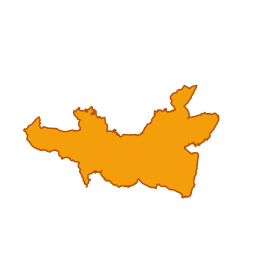 the district of Tonkolili, Northern, Sierra Leone, rotated 31°
{"feature_id": "65957751B39959109464342", "entity_name": "Tonkolili", "entity_type": "district", "adm_level": 2, "iso_a3": "SLE", "parent_name": "Sierra Leone", "parent_adm1": "Northern", "projection": "mercator", "projection_center": [-11.945, 8.764], "detail": "fine", "context": "isolated", "style": "filled", "palette": "amber", "viewbox_px": 256, "rotation_deg": 31, "n_neighbors": 0, "source": "geoboundaries", "source_scale": "gbopen_adm2", "svg_char_len": 5933}
<svg xmlns="http://www.w3.org/2000/svg" viewBox="0 0 256 256"><g transform="rotate(31 128 128)"><path d="M39.9,182.0L39.7,183.0L40.1,183.8L41.0,184.1L41.8,183.7L43.0,184.1L44.2,185.5L45.6,185.6L47.2,189.9L50.3,190.5L54.7,192.6L57.5,192.9L60.9,192.7L62.7,192.0L64.5,192.3L65.9,190.9L67.6,190.1L68.3,189.3L69.6,189.2L70.7,189.7L72.5,188.9L73.4,188.9L74.3,186.8L76.8,184.7L77.1,184.0L78.4,184.4L79.5,183.8L80.6,184.1L83.0,186.9L86.4,187.4L86.6,188.2L87.2,188.2L87.4,188.5L87.6,188.4L87.6,187.5L88.2,187.3L88.5,186.6L90.6,184.6L93.7,183.8L94.0,184.5L96.0,185.2L97.4,184.0L97.5,184.3L97.9,184.0L99.3,184.3L101.9,183.2L103.8,182.8L104.5,183.4L104.1,184.6L104.7,185.9L105.7,187.1L107.9,187.7L108.9,188.5L108.6,189.5L109.2,190.5L111.6,191.6L113.6,193.2L113.6,193.5L115.9,194.4L116.8,196.3L118.4,196.5L119.5,197.4L119.1,197.9L119.3,198.2L121.7,198.0L122.7,199.8L123.0,199.3L122.1,197.6L122.5,195.5L121.6,193.3L121.6,193.0L122.3,192.7L122.2,191.6L121.4,191.8L120.9,192.3L119.7,192.0L117.9,188.6L120.8,184.7L121.2,182.4L122.3,181.7L122.1,182.9L122.4,183.3L123.2,183.3L123.7,181.6L125.9,181.2L127.4,178.7L127.5,180.8L127.8,181.1L130.1,182.5L131.8,182.7L132.4,183.2L132.8,183.0L133.6,183.5L133.8,183.3L133.9,183.8L134.4,183.5L134.8,184.2L135.5,184.1L136.2,184.6L137.1,184.2L137.4,183.6L137.6,183.8L138.4,183.0L139.1,183.2L140.6,183.0L141.7,183.7L143.1,183.6L145.0,184.3L147.4,183.0L150.2,183.5L151.1,183.1L151.7,181.4L153.5,180.1L154.5,179.8L155.0,180.1L156.4,178.6L156.6,178.9L157.5,178.4L158.4,178.6L158.5,177.7L159.0,178.0L159.1,177.7L159.0,176.9L159.4,176.8L159.4,177.2L159.7,177.1L160.8,174.9L161.8,174.6L162.4,172.9L162.1,172.3L162.9,172.2L163.3,171.3L163.1,171.0L163.7,170.5L163.5,168.5L162.9,167.6L163.4,166.2L166.0,167.2L169.2,167.9L177.5,167.3L181.8,165.5L183.1,165.4L183.2,165.1L182.4,164.9L182.7,163.4L182.2,161.4L183.5,160.3L184.3,160.8L186.3,160.8L188.5,159.9L189.9,158.7L195.3,159.3L199.8,157.3L203.0,157.3L205.0,156.8L206.3,157.0L206.7,156.8L207.4,157.2L207.8,157.0L209.3,157.5L209.7,158.3L209.4,158.8L210.0,159.5L210.4,159.7L211.4,159.1L211.6,158.2L212.3,157.9L212.3,157.1L213.1,157.4L213.6,156.5L214.2,156.7L215.3,155.9L215.9,155.2L215.9,154.1L216.3,153.8L215.7,151.1L215.4,150.4L215.1,150.5L214.6,147.7L214.2,147.0L214.4,144.6L214.7,144.7L214.8,144.2L214.4,142.2L212.9,141.7L210.9,138.1L211.2,137.4L210.0,135.2L210.3,134.4L209.8,131.7L209.5,131.0L208.8,130.8L208.3,129.7L208.5,128.7L207.9,126.9L206.9,125.6L206.6,124.2L205.9,123.6L205.7,122.6L203.9,119.0L203.3,116.9L202.0,114.7L200.2,113.7L197.0,115.5L196.6,116.0L196.4,117.3L191.9,117.1L188.7,116.3L187.1,116.4L186.3,114.9L187.3,114.9L187.3,113.7L188.5,112.4L188.7,110.9L189.1,110.8L188.8,110.2L189.5,110.3L190.2,109.1L190.3,108.2L191.1,107.9L191.5,107.0L191.8,107.8L193.0,106.9L193.1,106.5L193.2,107.0L192.7,107.5L193.2,108.2L194.2,107.8L194.3,108.3L194.9,108.5L195.1,109.0L195.4,108.8L196.1,105.5L196.4,105.2L196.8,105.4L196.9,106.0L197.5,106.5L198.1,105.7L197.7,105.3L198.6,103.6L198.9,101.6L199.6,101.4L200.1,100.5L199.9,100.1L200.3,98.0L199.9,98.0L200.6,97.3L200.9,97.7L201.9,97.7L201.8,96.4L202.3,96.0L202.2,95.0L202.9,93.9L202.3,93.4L202.4,92.4L201.0,91.0L201.2,89.8L201.7,89.2L201.8,87.2L201.5,86.7L202.1,85.8L202.1,84.4L201.8,84.1L202.1,82.3L201.8,80.6L202.2,78.8L201.8,78.2L201.8,75.2L201.2,73.5L200.7,73.3L199.9,71.8L199.5,72.2L199.1,71.0L198.2,70.7L197.1,71.2L195.9,70.4L195.4,70.7L195.0,70.5L193.9,71.5L192.8,73.3L191.6,73.5L191.0,74.0L190.6,73.5L189.3,74.7L188.6,74.8L188.6,75.2L186.8,75.7L185.9,75.2L184.9,77.2L183.5,78.1L183.9,79.5L182.3,80.3L179.1,84.1L175.4,87.1L174.6,88.5L174.4,86.7L173.7,85.1L171.5,83.0L169.0,81.6L165.0,80.4L165.6,78.2L165.5,77.5L166.3,75.7L166.0,75.3L166.1,72.9L166.6,69.5L166.0,69.1L166.1,64.6L165.6,60.9L165.6,58.2L165.0,56.2L161.6,59.4L160.5,62.4L154.4,62.6L154.3,67.2L153.1,68.2L152.2,68.6L151.0,70.5L151.4,72.7L149.3,74.5L148.7,75.6L148.2,79.3L149.3,81.1L151.2,81.4L151.7,82.2L151.6,83.4L152.1,84.6L154.2,85.7L155.7,85.9L158.7,87.5L159.0,88.2L158.2,88.4L158.1,90.2L157.3,90.0L156.6,90.4L156.5,91.5L156.0,91.7L155.4,92.8L154.1,93.1L153.9,94.1L152.1,93.7L151.0,91.9L150.6,92.1L151.2,93.2L151.0,93.6L150.5,93.0L149.5,93.0L149.4,93.3L150.0,94.3L148.7,96.0L148.3,96.3L147.0,95.7L145.2,96.6L144.3,97.5L145.1,98.2L144.4,99.5L143.3,99.3L142.1,99.7L143.1,101.1L143.2,101.9L144.3,102.3L143.8,103.1L144.5,103.4L144.0,106.9L144.1,108.8L144.7,109.9L144.9,112.3L144.3,112.5L143.8,113.9L142.5,114.9L143.0,115.5L142.6,117.3L142.7,118.6L142.3,119.4L142.8,122.4L142.5,123.6L143.2,124.8L142.7,125.9L142.0,125.6L142.1,127.2L140.9,128.0L140.1,129.5L139.1,129.3L138.6,130.2L137.9,129.9L134.3,132.1L133.3,133.0L127.5,135.9L127.0,138.2L126.3,139.3L125.5,139.5L124.4,139.0L123.5,139.1L123.5,138.3L123.2,138.2L122.3,139.5L121.8,139.6L121.4,139.3L121.5,138.0L121.0,137.8L119.8,137.9L118.9,138.6L118.5,137.4L118.9,136.4L118.4,136.1L117.1,136.2L116.7,137.8L117.3,138.9L117.1,139.3L116.0,139.0L114.3,140.1L113.1,140.3L112.4,141.6L112.0,141.7L111.5,141.6L110.0,137.9L108.7,136.1L106.3,135.5L103.0,131.2L102.6,131.0L101.9,131.4L100.2,133.6L99.3,133.6L98.7,132.8L98.2,132.8L97.3,133.5L97.3,134.7L96.5,134.7L93.8,133.1L92.1,130.4L91.5,131.4L91.7,133.1L91.3,134.3L90.6,135.0L89.5,135.3L89.1,134.3L90.3,133.6L90.4,131.2L91.1,130.3L90.1,129.6L89.5,129.7L88.2,130.7L87.5,130.1L87.0,128.7L86.0,128.4L85.5,129.3L85.1,131.5L83.3,133.5L84.7,134.5L84.4,135.4L83.6,135.7L82.0,134.1L81.9,135.3L81.6,135.6L79.6,137.1L78.0,137.7L76.5,137.0L76.0,135.7L75.1,136.7L75.3,137.7L74.3,139.4L74.7,140.8L74.5,141.1L72.9,141.1L73.8,143.3L74.4,143.9L77.0,145.0L78.5,145.1L80.2,146.3L82.8,145.9L83.2,149.5L84.2,150.8L86.4,152.0L87.9,153.9L87.3,154.3L86.6,156.2L83.9,157.6L83.5,158.4L82.5,158.0L81.8,158.1L76.6,163.2L74.1,164.4L70.7,165.3L66.9,165.4L59.7,169.2L54.9,170.4L54.4,172.3L53.5,173.2L50.8,171.5L50.2,168.8L49.4,168.8L48.9,168.3L48.6,166.4L46.0,164.4L44.7,167.8L43.7,174.3L41.9,177.2L41.7,181.0L41.2,181.6L39.9,182.0Z" fill="#f59e0b" stroke="#b45309" stroke-width="1.5"/></g></svg>